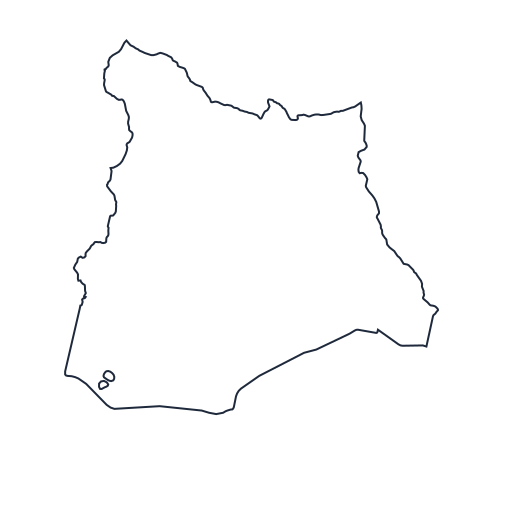 Niassa, Albers equal-area conic projection, rotated 283°
{"feature_id": "MOZ-1199", "entity_name": "Niassa", "entity_type": "Province", "adm_level": 1, "iso_a3": "MOZ", "parent_name": "Mozambique", "parent_adm1": "", "projection": "albers", "projection_center": [37.064, -13.372], "detail": "fine", "context": "isolated", "style": "outline", "palette": "slate", "viewbox_px": 512, "rotation_deg": 283, "n_neighbors": 0, "source": "natural_earth", "source_scale": "10m", "svg_char_len": 6017}
<svg xmlns="http://www.w3.org/2000/svg" viewBox="0 0 512 512"><g transform="rotate(283 256 256)"><path d="M403.8,66.5L404.4,67.6L405.6,68.0L407.3,69.3L408.3,69.6L409.3,69.4L411.3,68.6L412.1,68.4L416.2,69.0L419.3,71.2L424.1,76.4L427.2,78.0L434.2,79.8L436.8,81.3L433.4,85.9L433.0,86.7L432.4,89.6L431.3,92.1L430.8,94.7L430.1,95.9L429.9,96.5L429.4,99.3L428.8,101.9L428.2,108.2L428.2,109.0L428.7,111.0L429.2,112.0L430.2,113.9L431.0,114.8L432.4,117.0L432.4,119.4L431.8,123.9L431.2,125.6L430.6,128.4L430.4,128.8L429.3,130.0L428.2,130.7L427.9,131.0L427.7,131.4L427.3,133.5L426.6,135.6L425.8,136.2L423.7,137.1L423.4,138.0L423.1,139.3L422.9,142.4L422.7,143.7L422.4,144.6L419.2,147.2L418.1,147.8L416.0,148.8L415.4,149.3L414.4,150.6L413.2,151.8L411.7,152.7L411.0,154.9L409.7,158.0L409.3,159.5L408.6,165.0L408.3,165.8L407.9,166.3L406.3,167.2L405.4,168.1L403.7,170.2L401.3,172.6L399.7,174.8L399.1,175.5L397.7,176.5L396.1,177.4L395.9,177.9L395.9,178.6L396.7,180.4L397.2,181.3L397.4,182.7L397.4,184.2L397.1,185.8L396.8,186.7L395.9,191.0L396.1,192.2L396.8,193.8L396.9,197.9L396.8,198.5L395.8,200.6L395.6,201.1L395.6,201.6L395.8,204.2L395.6,205.3L395.3,206.2L394.7,206.9L394.5,207.5L394.4,208.4L394.5,210.1L394.2,212.4L394.3,214.8L393.9,216.4L393.9,217.3L394.1,220.2L394.0,221.2L393.7,222.6L393.5,224.9L393.4,225.5L392.9,226.3L391.0,228.7L390.9,229.2L390.9,229.7L391.4,230.2L392.0,230.5L396.4,231.4L398.3,232.0L399.1,232.5L399.9,233.5L400.5,234.1L400.9,234.4L402.3,234.9L404.3,235.4L404.7,235.5L405.0,235.4L408.1,233.3L409.0,233.0L410.0,232.8L411.0,232.9L411.4,233.2L411.6,233.9L411.7,236.4L411.7,237.1L411.5,237.6L410.6,238.5L410.4,238.9L410.3,240.8L409.6,242.0L409.6,243.5L409.4,244.4L408.5,245.5L408.0,246.9L407.8,247.3L406.8,248.2L406.3,248.9L405.9,250.4L405.4,251.2L403.2,253.3L402.1,254.0L400.5,255.4L398.7,256.8L397.1,258.6L396.8,259.3L396.7,260.3L397.4,264.1L397.7,264.8L398.0,265.3L398.8,265.8L399.3,265.9L399.8,265.8L401.0,265.1L401.9,265.0L402.4,265.3L402.7,265.9L403.3,268.1L403.8,269.5L404.4,270.5L404.4,272.2L403.8,275.5L404.0,276.7L404.3,277.3L405.6,279.0L406.8,281.1L407.2,282.1L407.7,283.8L407.9,284.8L408.0,285.7L407.9,286.8L408.0,287.9L408.5,289.7L411.2,296.6L411.6,297.3L412.8,298.5L413.7,299.6L414.8,302.1L415.0,303.0L415.1,304.1L415.4,304.7L416.5,306.1L417.0,308.0L422.1,315.7L422.5,316.5L422.8,317.4L424.0,319.0L429.1,323.6L426.5,324.8L423.1,325.8L415.6,326.6L412.2,328.4L409.2,331.5L407.4,332.8L392.8,335.5L392.0,336.0L391.4,336.9L390.1,338.0L388.5,339.0L387.2,339.3L384.1,337.7L382.3,334.9L380.3,332.6L376.5,332.6L375.0,333.6L372.7,336.3L371.5,336.8L364.7,336.2L363.0,336.4L361.1,337.1L360.0,338.4L360.8,340.2L360.9,341.8L359.4,344.1L357.4,346.1L355.8,347.2L349.0,347.2L347.7,347.9L344.3,351.4L341.2,355.7L338.8,358.4L335.7,361.0L326.9,365.9L325.2,366.2L323.0,365.1L322.0,364.9L320.9,365.0L320.4,365.3L320.1,365.7L314.5,370.4L312.8,371.1L311.8,371.2L311.0,371.7L309.6,372.9L308.7,373.3L306.9,373.7L306.0,374.1L304.9,375.0L302.4,377.8L301.9,378.7L301.3,379.3L296.7,381.2L294.4,384.2L293.1,386.9L291.9,389.6L288.1,393.6L287.4,394.7L287.2,395.4L286.1,397.1L281.6,401.6L281.7,405.3L281.4,406.7L277.9,412.2L277.3,412.8L276.0,413.6L275.6,414.3L275.2,415.5L274.8,416.1L273.7,417.0L268.9,422.4L266.2,424.1L265.2,424.3L263.7,424.5L263.1,424.8L259.6,427.2L258.0,427.5L256.1,428.5L255.1,428.5L253.1,428.1L252.4,428.3L252.1,428.6L251.8,429.0L249.4,433.7L247.6,436.2L247.4,436.6L247.2,437.5L247.4,439.6L247.3,441.3L247.1,442.1L246.6,443.1L245.5,444.7L244.8,445.3L244.2,445.5L243.7,445.3L242.1,444.4L240.2,443.7L238.4,442.3L237.1,442.0L206.1,442.4L206.4,438.7L201.5,418.9L201.4,416.9L202.0,414.6L211.6,391.4L209.8,391.4L208.7,391.3L208.1,390.5L207.1,371.8L206.6,370.3L205.6,369.0L201.4,364.7L178.4,335.8L172.5,324.6L140.0,286.2L123.4,271.2L120.7,269.5L117.8,268.5L114.8,268.1L103.7,268.4L102.3,268.1L101.4,267.6L101.1,267.3L101.0,266.7L100.6,265.7L98.8,262.6L97.8,261.2L95.9,259.3L93.0,252.8L92.7,245.5L93.2,237.9L88.0,195.9L75.2,152.4L75.6,148.4L77.4,143.9L93.2,119.3L96.7,110.5L97.3,107.0L97.4,103.4L96.8,99.5L96.8,97.9L97.6,96.7L100.6,96.0L164.5,96.1L168.2,96.0L168.4,96.5L168.9,97.1L169.8,97.3L172.3,97.4L174.4,96.4L174.8,96.5L175.6,97.1L176.0,97.7L176.3,98.4L176.7,98.8L177.7,99.2L177.8,97.6L178.7,97.6L180.1,98.1L181.6,98.5L183.6,97.3L188.4,96.0L189.3,95.5L189.9,93.6L190.6,92.4L191.6,91.2L192.7,90.5L192.0,88.5L193.6,87.6L198.0,86.7L199.5,85.5L202.2,82.0L203.4,81.2L207.0,81.9L210.0,83.1L213.3,83.0L214.5,83.6L216.0,85.4L215.2,87.4L216.0,89.1L217.6,90.0L219.3,89.5L220.6,89.4L222.4,90.2L225.6,92.2L226.4,92.5L228.4,93.0L229.2,93.4L231.1,95.0L231.9,95.2L233.3,95.9L233.8,97.5L234.0,99.5L234.6,101.3L234.1,102.7L234.3,104.5L235.1,106.1L236.1,106.8L239.7,106.2L240.8,106.4L242.2,107.2L243.1,107.4L244.3,107.3L247.5,106.4L250.3,106.0L251.3,105.1L251.7,104.9L261.9,104.9L262.6,105.4L263.2,107.5L263.7,107.9L266.4,109.2L267.9,109.4L273.4,108.5L274.7,108.0L277.0,107.8L277.7,107.4L278.1,106.8L279.0,106.1L282.2,104.8L283.2,104.3L284.0,103.6L286.4,100.0L290.4,95.3L291.9,94.8L292.7,95.2L294.4,95.3L296.6,96.7L297.9,97.0L306.0,96.2L306.8,95.9L309.0,94.5L310.0,97.2L312.4,100.2L315.4,102.8L318.5,104.3L325.9,106.0L329.8,106.4L332.9,106.1L335.1,104.9L335.9,104.9L336.9,105.3L338.5,107.0L339.2,107.3L343.5,108.6L345.5,108.6L347.2,108.3L347.8,108.0L348.5,107.4L349.5,105.2L350.2,104.1L351.2,103.7L353.1,103.3L356.2,101.6L358.1,101.2L360.9,101.2L362.8,100.9L364.4,100.0L368.3,96.8L374.7,94.0L376.5,92.8L377.6,91.8L378.3,90.6L378.2,89.5L377.6,88.4L377.3,87.2L377.8,85.2L379.9,81.5L379.7,79.8L380.6,78.8L381.9,74.7L382.2,73.4L382.8,72.7L388.3,69.5L389.7,69.2L393.3,69.0L394.1,68.8L394.9,67.9L399.9,67.1L402.6,67.1L402.9,66.7L403.3,66.5L403.8,66.5ZM104.4,145.4L106.4,145.1L108.2,144.0L109.5,142.3L110.5,140.1L110.7,137.9L110.0,136.1L108.6,135.1L106.6,134.4L104.8,134.4L103.6,135.2L102.0,139.1L101.5,141.2L101.5,143.0L102.7,144.9L104.4,145.4ZM93.2,132.5L91.4,134.0L91.7,135.5L94.0,138.1L95.1,139.7L96.3,140.8L97.6,140.9L99.3,139.1L100.1,136.0L98.9,133.2L96.4,131.8L93.2,132.5Z" fill="none" stroke="#1e293b" stroke-width="2"/></g></svg>